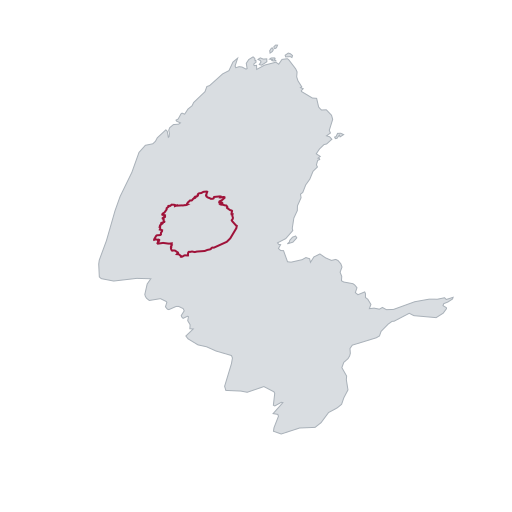 Northern Savonia highlighted on a map of Finland, rotated 147°
{"feature_id": "FIN-3178", "entity_name": "Northern Savonia", "entity_type": "Province", "adm_level": 1, "iso_a3": "FIN", "parent_name": "Finland", "parent_adm1": "", "projection": "natural_earth1", "projection_center": [27.676, 63.147], "detail": "fine", "context": "in_parent", "style": "outline", "palette": "rose", "viewbox_px": 512, "rotation_deg": 147, "n_neighbors": 0, "source": "natural_earth", "source_scale": "10m", "svg_char_len": 7413}
<svg xmlns="http://www.w3.org/2000/svg" viewBox="0 0 512 512"><g transform="rotate(147 256 256)"><path d="M201.3,222.9L198.7,216.6L195.1,211.2L191.0,209.7L189.7,207.6L189.1,203.3L189.9,199.9L194.3,196.6L195.2,192.2L197.8,188.7L196.6,186.4L189.8,180.0L189.0,177.9L188.6,174.4L192.6,171.2L191.6,168.0L184.4,166.7L184.7,164.8L186.8,161.6L185.8,158.8L186.0,152.8L189.6,150.1L185.4,148.0L181.5,144.2L178.0,144.0L175.9,140.0L169.8,136.3L147.8,131.2L134.3,125.5L127.3,120.9L120.6,118.3L120.1,115.9L113.2,114.0L114.6,112.9L120.1,112.9L124.6,113.8L126.2,112.5L124.5,109.0L124.9,108.1L130.1,106.1L138.5,106.2L156.1,120.0L158.7,124.5L175.7,126.1L177.5,127.1L182.2,126.9L192.1,124.7L196.0,121.7L199.7,121.9L223.8,128.8L227.6,127.2L229.9,123.0L231.9,121.2L234.7,119.8L240.3,119.0L244.8,115.6L245.4,105.9L247.6,103.1L251.8,93.6L259.5,89.3L265.0,85.0L270.5,84.4L280.4,85.2L292.2,80.8L299.8,80.1L313.1,88.0L331.8,93.0L336.8,99.5L334.4,102.2L324.4,109.4L324.0,111.3L327.5,114.5L313.3,118.4L314.4,119.5L321.9,120.0L322.7,121.4L315.1,130.6L314.9,132.3L320.5,142.2L337.6,146.5L342.3,151.0L354.5,159.7L353.3,163.8L335.3,179.0L331.3,183.3L330.8,185.9L341.3,198.1L346.9,206.8L353.1,213.1L358.1,223.5L358.4,227.1L348.4,229.0L351.1,231.0L348.7,234.2L348.5,238.9L345.7,241.9L346.3,242.8L351.1,243.4L351.5,245.5L351.1,246.8L346.1,249.1L345.7,251.5L348.3,255.8L350.5,257.2L358.3,258.5L359.3,259.7L359.6,262.7L356.0,265.7L356.1,266.8L359.4,272.3L369.7,276.8L370.8,280.1L370.8,282.3L370.2,284.3L362.5,291.8L356.6,294.2L368.2,302.2L389.0,312.5L398.1,321.3L398.8,323.8L392.3,334.9L389.7,337.9L373.1,350.3L349.5,370.8L337.6,379.9L314.5,393.8L297.7,406.6L288.5,409.1L281.4,406.3L277.8,407.0L274.4,408.9L262.9,410.9L262.5,408.9L264.9,403.3L263.9,403.4L261.8,406.0L260.7,409.0L258.5,410.6L253.7,411.2L249.1,408.7L246.9,408.8L249.2,412.4L249.1,413.5L246.6,413.3L241.4,416.1L240.2,416.1L238.6,413.8L233.0,416.3L227.8,416.8L224.7,418.7L209.3,421.6L204.9,424.9L202.1,424.2L184.8,426.9L177.7,426.2L169.7,431.2L163.7,431.9L170.1,426.7L170.4,424.9L167.1,424.0L164.8,422.1L162.6,418.2L161.4,418.0L159.2,422.9L155.1,424.7L150.0,424.6L149.4,422.4L150.4,420.4L149.6,420.1L150.4,418.5L153.0,418.3L153.8,417.5L153.7,416.5L151.7,415.6L153.8,412.1L144.8,411.4L133.8,407.7L132.5,404.5L127.1,406.7L122.3,404.4L121.7,403.0L120.8,391.3L121.3,388.0L124.3,384.1L125.4,380.1L125.5,373.0L127.0,373.0L125.3,370.6L127.9,370.0L128.3,369.2L122.7,357.8L119.3,355.2L122.3,346.9L122.1,345.0L121.6,342.8L117.4,340.3L116.0,332.9L117.3,328.8L126.1,321.5L126.6,318.6L131.4,318.4L129.3,315.8L128.8,312.6L135.7,311.5L138.3,312.4L144.4,311.2L149.8,308.9L147.9,304.5L150.7,304.3L149.8,303.3L150.0,302.2L152.2,302.6L155.7,299.5L156.0,297.2L162.0,296.0L169.1,291.1L175.5,288.6L182.2,283.8L185.0,283.6L186.5,280.3L193.9,275.5L196.6,271.6L203.6,267.2L210.5,259.5L211.3,257.3L221.5,254.4L230.8,255.3L230.6,253.3L229.2,252.1L233.1,250.1L232.3,247.1L230.0,245.5L232.7,234.0L229.9,231.7L219.3,227.8L215.0,227.5L212.5,224.5L213.8,221.0L207.9,223.7L201.3,222.9ZM141.1,413.0L147.4,413.0L149.0,414.8L146.1,416.0L145.9,417.5L147.3,419.8L144.5,419.8L142.7,417.2L139.6,415.5L141.1,413.0ZM219.1,250.8L215.1,251.9L211.9,251.2L211.9,249.0L217.5,247.5L223.1,249.1L220.3,249.6L219.1,250.8ZM120.6,310.1L120.3,312.0L124.0,310.6L125.5,311.2L125.3,312.9L124.0,312.5L120.8,314.4L118.1,312.8L116.4,310.1L120.6,310.1ZM122.7,406.8L122.2,408.5L118.4,408.6L117.0,406.9L116.2,404.2L117.8,402.9L118.6,404.5L122.7,406.8ZM137.4,413.7L135.4,413.8L132.6,412.1L132.3,411.4L133.4,411.0L133.0,408.9L135.1,410.0L136.3,411.3L135.1,411.7L137.4,413.7ZM132.7,420.7L129.9,421.9L128.9,421.6L129.2,419.5L130.9,418.6L133.7,418.5L132.7,420.7ZM127.0,421.8L124.6,422.2L123.1,421.1L125.4,419.5L127.3,419.6L127.6,420.6L127.0,421.8Z" fill="#d9dde1" stroke="#a8b0b8" stroke-width="1"/><path d="M272.8,283.8L286.6,285.9L287.2,286.2L287.9,286.8L288.2,286.9L288.6,286.9L289.4,286.8L289.6,286.6L290.2,286.5L291.0,286.6L293.5,287.6L296.2,288.1L303.3,292.0L304.3,292.3L305.3,292.7L307.2,294.6L309.2,295.4L309.6,295.8L310.1,296.1L310.8,295.9L311.3,295.5L311.8,294.9L312.3,294.2L312.7,293.5L313.5,294.0L315.1,295.2L315.7,295.5L317.9,295.6L318.7,295.8L319.1,296.0L319.4,296.3L318.9,296.9L319.4,298.1L319.6,299.0L320.2,299.8L320.8,300.2L321.3,300.6L321.0,300.7L320.4,300.7L319.8,300.9L319.6,301.2L319.7,301.8L320.0,302.2L320.3,303.0L320.6,303.8L320.9,304.5L321.5,305.1L322.2,305.6L323.4,306.1L323.6,306.6L323.5,306.9L323.5,307.2L323.4,308.1L323.3,308.5L323.0,308.9L322.1,309.6L322.0,309.9L322.2,310.0L322.3,310.1L322.1,310.3L320.7,311.0L320.9,311.3L320.9,311.5L319.8,312.5L320.5,312.9L321.3,313.2L322.6,314.0L326.8,317.6L331.6,319.8L331.7,320.4L331.4,320.6L329.9,321.1L329.5,321.3L329.4,321.6L329.5,321.7L329.9,322.0L330.0,322.1L329.9,322.3L329.7,322.3L329.2,322.3L328.8,322.1L328.6,322.0L328.4,322.3L328.6,322.6L329.0,323.0L329.9,323.3L330.5,324.1L331.3,324.6L332.6,325.0L332.4,325.4L329.1,327.1L328.2,327.4L327.0,326.9L325.9,326.2L324.7,325.7L324.0,325.8L323.3,327.0L322.8,327.4L321.4,327.9L320.7,328.7L322.2,330.5L321.8,330.7L321.6,330.9L321.3,331.3L321.0,331.9L320.8,332.4L320.4,332.9L320.0,333.3L319.8,333.4L319.7,333.5L320.3,333.5L319.9,333.9L319.3,334.1L316.6,334.2L316.2,334.4L317.7,334.7L317.7,335.2L317.3,335.3L317.0,335.1L314.9,334.8L314.4,334.5L314.2,334.7L314.3,334.8L314.1,336.2L313.8,336.7L313.5,336.9L313.3,337.3L313.7,337.7L313.9,338.2L313.7,338.6L313.1,338.7L311.1,338.3L310.9,338.5L311.0,338.7L311.4,338.9L311.5,339.0L311.4,339.2L311.2,339.3L310.6,339.3L310.3,339.5L310.1,339.7L310.2,339.9L310.4,340.0L310.7,340.2L310.9,340.6L311.0,340.8L311.2,341.1L312.0,341.4L312.1,341.5L312.0,341.9L311.6,342.2L310.7,342.4L309.7,342.3L308.9,342.4L305.6,343.7L305.2,344.3L305.0,344.7L304.2,344.9L302.5,344.9L302.1,345.0L302.7,345.1L302.6,345.4L302.3,345.7L301.7,345.5L301.1,345.1L300.5,344.7L300.0,344.9L299.0,344.9L298.8,345.0L296.8,343.6L296.2,342.9L296.8,342.0L296.0,341.8L294.7,341.6L294.8,341.3L294.8,341.2L294.2,340.9L290.7,338.9L289.8,338.2L289.3,338.0L288.5,337.6L288.0,337.5L287.9,337.4L287.4,337.0L286.5,336.7L286.3,336.6L285.4,336.5L285.5,336.6L285.7,337.0L285.5,337.3L285.3,337.3L284.3,337.9L283.6,338.1L282.9,338.1L281.5,338.5L281.0,338.5L280.9,338.3L280.3,337.9L279.9,337.7L279.3,337.6L277.9,338.1L276.9,338.2L275.6,337.9L275.2,337.9L274.9,338.0L274.9,338.5L275.1,338.8L274.7,338.9L272.8,338.1L272.2,338.2L271.7,338.4L271.4,338.7L271.2,339.0L271.5,339.1L271.1,339.4L270.6,339.6L269.8,339.6L268.2,338.9L267.5,338.6L265.6,338.5L264.8,338.3L262.1,336.8L261.9,336.4L264.7,334.3L265.0,333.9L264.9,333.7L264.7,333.7L264.9,333.4L265.1,332.8L264.7,331.7L264.1,330.6L263.5,330.1L263.2,329.5L263.0,329.0L262.7,328.5L261.7,327.9L260.9,327.5L260.2,327.4L259.6,327.9L259.1,328.3L258.7,328.2L253.7,325.6L253.3,325.2L253.9,324.7L254.1,324.6L253.5,324.2L251.7,323.5L250.8,323.0L250.4,322.5L250.7,321.9L254.0,321.4L255.5,321.5L256.6,321.7L256.9,321.7L257.4,321.3L257.8,320.8L257.6,320.4L257.2,320.4L256.4,320.0L255.7,319.5L255.4,319.2L255.4,318.6L255.6,318.4L256.3,318.3L257.5,318.4L257.2,318.0L256.4,317.5L255.4,316.5L254.5,315.4L253.4,314.5L253.3,313.4L253.3,312.7L253.5,312.4L254.1,312.2L254.1,311.8L253.6,310.8L252.8,308.7L252.1,307.8L251.7,307.5L251.5,306.9L251.8,306.5L253.6,304.8L253.8,304.3L253.2,304.0L252.9,303.8L253.7,303.0L253.9,302.6L254.1,302.2L254.4,301.0L254.6,300.5L255.2,299.9L255.8,299.6L256.9,299.2L257.0,298.1L256.1,292.5L255.7,291.7L257.4,290.0L268.0,284.8L272.8,283.8Z" fill="none" stroke="#9f1239" stroke-width="2"/></g></svg>